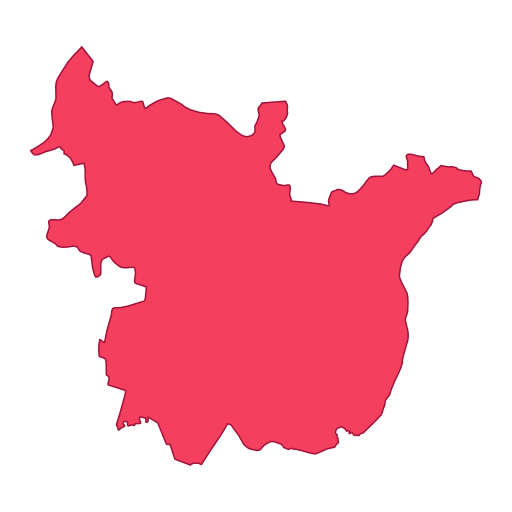 Hong Linh, Ha Tinh, Vietnam (orthographic projection)
{"feature_id": "81297802B12079916150099", "entity_name": "Hong Linh", "entity_type": "district", "adm_level": 2, "iso_a3": "VNM", "parent_name": "Vietnam", "parent_adm1": "Ha Tinh", "projection": "orthographic", "projection_center": [105.71, 18.534], "detail": "fine", "context": "isolated", "style": "filled", "palette": "rose", "viewbox_px": 512, "rotation_deg": 0, "n_neighbors": 0, "source": "geoboundaries", "source_scale": "gbopen_adm2", "svg_char_len": 5991}
<svg xmlns="http://www.w3.org/2000/svg" viewBox="0 0 512 512"><path d="M479.7,189.1L480.6,184.5L481.3,182.8L481.1,181.2L479.3,178.9L478.4,178.3L477.4,177.7L474.2,176.7L473.0,175.0L471.2,171.2L470.8,170.9L469.9,171.1L467.2,171.0L460.4,170.2L457.7,169.2L457.1,168.3L455.8,167.6L453.1,166.9L451.2,166.7L448.1,166.9L440.7,165.6L439.3,167.3L437.1,168.8L433.1,173.0L431.9,173.7L431.3,173.7L430.2,171.4L428.6,166.8L425.0,161.4L423.8,156.7L418.9,156.2L411.2,154.3L409.4,154.2L407.8,154.3L406.7,155.2L406.2,156.4L407.5,160.6L407.7,167.7L407.6,169.4L406.6,169.9L405.2,169.7L393.7,165.2L390.1,170.3L384.7,175.2L382.9,176.3L374.8,176.3L371.8,176.6L369.3,177.8L366.0,181.7L363.9,184.9L360.1,189.1L358.0,191.2L355.7,192.9L354.0,193.5L351.9,193.9L348.4,193.5L345.5,192.3L341.5,190.0L338.8,189.4L337.1,189.6L336.1,190.3L333.3,191.2L331.5,192.2L328.7,199.5L328.5,202.0L329.1,204.1L329.0,205.5L328.2,205.8L320.2,203.9L304.8,202.2L291.3,201.1L291.0,198.8L289.8,195.2L289.6,193.9L290.2,189.7L290.1,186.4L289.7,185.4L288.6,184.9L287.6,184.9L285.7,185.5L283.7,185.6L278.9,184.6L277.1,183.7L276.3,182.6L275.4,178.2L271.4,171.3L270.1,168.1L270.3,164.4L271.4,162.3L275.7,158.1L283.1,149.5L284.3,146.6L284.2,145.6L280.5,137.5L279.9,135.2L280.1,134.6L285.1,131.1L285.6,129.4L284.4,126.6L282.7,124.1L282.1,121.2L283.3,120.9L284.3,120.2L285.8,118.3L286.4,117.4L287.6,113.0L287.2,110.1L287.5,107.8L287.4,105.9L287.0,104.4L285.6,101.2L261.9,103.0L261.4,104.2L258.4,107.9L258.0,109.0L259.1,114.9L258.9,116.6L256.5,123.2L255.1,125.2L254.9,127.3L255.1,130.2L254.6,132.4L253.4,134.0L251.9,135.2L249.6,136.2L246.7,136.7L243.8,136.1L241.1,134.8L236.4,131.4L226.5,121.8L218.8,115.1L216.3,114.2L212.6,113.6L208.3,113.6L199.3,112.4L190.2,109.7L185.3,107.2L181.5,104.3L171.0,98.4L168.2,97.9L167.2,97.9L160.0,100.0L156.7,101.3L153.0,103.4L149.5,105.5L146.8,107.6L145.3,108.3L144.6,107.7L142.7,101.6L142.4,101.3L139.7,101.5L137.3,102.3L135.0,102.6L132.7,102.4L130.1,101.4L123.6,101.5L120.3,102.6L116.4,105.2L112.0,98.2L112.3,95.1L112.2,92.6L111.8,91.6L110.9,90.1L109.8,88.8L109.2,87.5L108.8,86.3L108.9,85.0L108.5,82.9L107.7,81.6L106.6,81.4L106.1,81.6L101.5,85.2L99.6,86.4L98.6,86.5L96.8,85.7L91.0,80.9L90.0,79.7L89.4,78.2L89.1,75.5L93.1,61.4L81.8,46.9L73.9,55.1L67.9,62.2L61.1,72.8L57.5,78.8L56.2,82.6L55.8,86.5L56.0,98.5L54.7,102.8L52.9,107.0L51.7,110.8L51.9,115.1L52.9,124.3L53.3,126.2L52.5,130.0L50.6,135.0L48.3,138.2L44.3,142.2L37.0,147.1L30.7,150.6L32.3,152.9L34.1,154.8L37.2,154.8L39.7,154.2L44.7,152.0L54.6,149.1L57.8,147.3L60.0,146.7L60.8,148.3L64.2,151.1L64.0,153.7L67.2,155.3L70.1,157.8L72.7,162.1L74.0,165.4L83.9,163.2L84.9,167.7L85.2,170.0L85.2,177.9L85.5,182.4L86.4,186.0L87.1,192.6L86.9,195.6L81.0,203.0L78.1,205.6L75.9,207.0L69.1,212.5L64.4,217.3L61.9,219.1L60.9,219.6L59.6,219.8L57.9,220.0L51.4,219.7L49.4,220.4L48.6,221.8L49.3,225.9L49.3,227.1L48.9,229.0L46.9,234.9L46.7,236.9L47.4,238.7L49.2,240.2L55.1,243.5L56.2,244.5L57.2,245.9L58.3,246.5L61.9,247.2L66.3,247.1L73.4,246.2L76.2,246.7L77.2,247.0L77.8,247.7L79.4,250.5L80.2,251.3L83.4,252.7L88.8,254.3L90.5,255.2L91.1,255.8L92.6,267.7L94.2,273.7L94.9,275.8L95.6,276.9L97.4,277.0L99.7,275.5L100.7,274.2L100.8,263.0L101.8,260.3L102.7,259.1L108.9,256.1L110.0,256.7L114.0,262.0L118.6,265.8L120.6,267.1L123.7,267.7L127.9,267.7L132.7,267.2L134.2,267.6L135.0,269.0L135.5,273.3L134.5,280.8L134.6,282.2L135.7,283.3L137.2,284.0L141.0,285.0L144.4,286.4L146.2,286.6L146.1,290.7L145.3,298.4L144.8,300.3L144.2,301.1L127.0,306.3L120.5,307.6L114.2,307.8L112.8,308.5L112.2,309.5L111.7,311.8L111.4,314.5L110.7,317.4L106.9,330.6L104.6,342.3L103.4,342.1L100.8,340.0L99.7,339.7L98.9,345.2L98.8,352.2L99.3,356.5L104.5,358.3L105.4,359.3L105.9,360.8L106.2,363.0L106.3,374.8L108.5,376.5L109.0,377.1L109.1,378.0L108.9,379.8L108.0,383.3L108.3,385.0L124.7,390.2L125.3,390.6L125.5,391.2L125.5,392.4L124.3,397.6L119.9,413.4L116.6,424.0L116.5,425.1L117.7,427.4L118.1,429.4L118.5,430.0L119.1,430.0L121.0,428.1L124.6,426.3L124.7,425.6L123.3,424.0L123.0,423.2L123.4,422.3L124.1,421.6L126.2,421.4L127.2,422.0L127.5,422.5L127.6,425.2L128.2,425.9L129.2,425.8L131.4,424.8L134.2,425.5L135.2,424.1L135.9,423.6L139.9,423.6L140.5,423.2L140.6,422.4L139.5,419.2L139.6,417.7L140.0,417.2L141.9,417.1L145.5,418.4L146.0,419.1L145.8,421.5L146.1,422.1L146.6,422.3L147.3,422.2L148.0,421.2L148.3,417.3L157.7,422.7L166.3,443.9L166.9,444.4L170.1,444.5L174.9,459.2L190.5,465.1L191.7,463.9L192.7,463.5L195.5,463.1L198.5,463.3L201.4,464.5L211.4,449.0L220.9,435.0L223.6,430.7L227.3,424.1L229.7,424.2L231.2,425.1L238.8,435.5L243.8,444.4L247.4,447.6L250.1,449.0L256.4,450.4L259.3,450.2L260.7,449.2L263.7,445.7L266.3,443.8L270.2,441.8L272.3,441.5L275.5,442.1L281.2,444.3L282.7,445.6L283.7,447.4L288.3,449.4L289.1,449.3L290.4,448.4L291.2,448.3L293.1,449.0L296.1,449.3L302.4,450.8L309.1,452.8L315.0,453.9L315.8,453.8L317.5,453.2L327.3,448.8L334.7,447.2L335.5,445.7L336.6,444.3L338.3,442.7L338.5,442.2L338.1,440.4L337.9,438.1L337.0,436.3L337.0,434.6L335.6,433.3L335.2,432.6L336.2,429.8L336.8,428.8L337.4,428.3L341.3,426.8L341.9,426.8L342.8,427.7L344.6,428.2L345.3,429.7L346.0,430.1L346.7,431.2L348.2,430.7L349.5,431.1L349.5,431.8L349.0,432.9L349.2,433.5L350.0,433.5L350.8,432.8L351.9,432.7L352.7,433.3L353.8,435.0L355.0,435.5L356.8,435.2L358.8,435.6L360.6,433.6L363.1,433.0L366.2,430.0L376.3,420.1L381.1,414.9L382.2,412.6L383.0,409.4L384.8,404.9L385.1,401.6L385.6,400.1L387.5,397.4L389.6,395.0L391.2,389.6L394.5,381.5L398.1,374.2L400.5,368.6L402.3,363.2L402.4,360.4L403.2,356.2L407.8,340.1L408.2,336.5L408.1,333.3L407.7,330.2L405.7,322.2L405.4,319.6L405.4,318.3L406.6,315.3L407.6,311.7L408.0,303.0L407.7,296.6L406.9,292.9L401.3,281.8L399.7,277.8L399.4,275.5L400.4,267.8L402.0,261.7L404.5,257.4L409.9,252.6L414.8,245.5L417.5,242.1L420.8,236.8L424.4,233.6L426.9,230.8L428.7,227.7L430.3,225.8L431.3,224.3L432.5,221.2L432.8,218.8L434.7,217.4L442.8,212.6L451.3,206.3L452.0,205.1L454.5,203.8L457.1,202.8L463.9,201.3L471.2,200.0L477.7,199.7L478.0,198.3L479.4,193.9L479.7,189.1Z" fill="#f43f5e" stroke="#9f1239" stroke-width="1.5"/></svg>